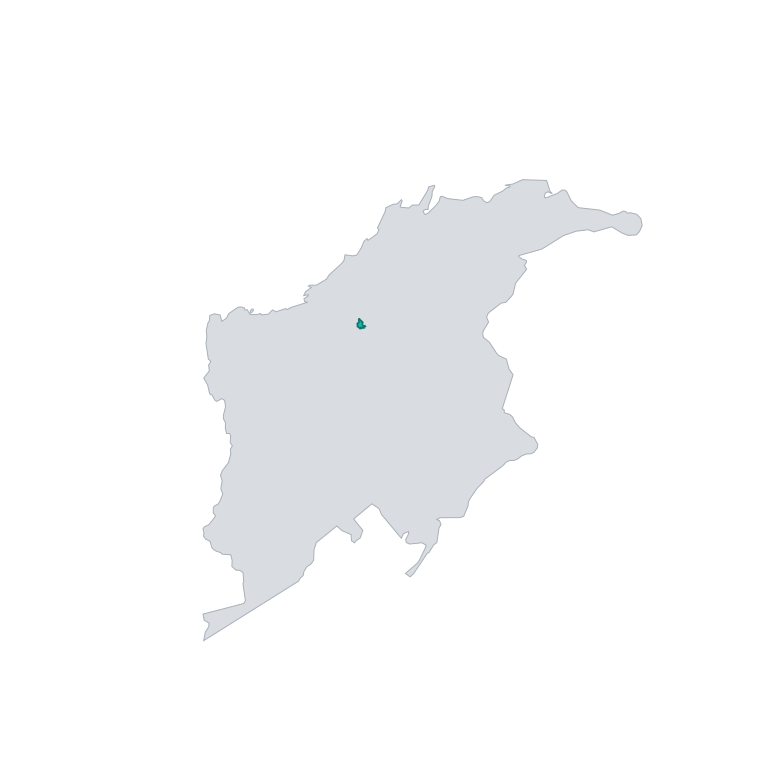 Anzoátegui, Tolima, Colombia shown in context, rotated 50°
{"feature_id": "7082276B15169837386348", "entity_name": "Anzoátegui", "entity_type": "district", "adm_level": 2, "iso_a3": "COL", "parent_name": "Colombia", "parent_adm1": "Tolima", "projection": "equal_earth", "projection_center": [-75.176, 4.624], "detail": "fine", "context": "in_parent", "style": "filled", "palette": "teal", "viewbox_px": 768, "rotation_deg": 50, "n_neighbors": 0, "source": "geoboundaries", "source_scale": "gbopen_adm2", "svg_char_len": 5959}
<svg xmlns="http://www.w3.org/2000/svg" viewBox="0 0 768 768"><g transform="rotate(50 384 384)"><path d="M427.1,101.5L421.3,104.6L410.0,108.5L402.3,125.5L397.0,128.5L390.5,138.5L385.7,151.0L382.1,176.4L372.4,197.9L373.2,198.9L377.1,197.9L380.7,195.6L382.1,196.3L383.4,200.1L387.8,201.0L391.4,218.5L398.1,227.4L398.8,230.8L399.7,238.1L397.3,242.5L396.7,258.5L398.8,262.5L403.8,264.1L407.2,274.0L409.3,276.4L412.3,277.9L419.7,276.4L433.0,278.0L436.1,277.8L443.5,274.3L453.0,278.6L459.9,279.2L479.0,309.4L480.9,308.5L483.3,310.3L488.1,307.2L492.2,306.7L497.6,308.2L504.8,308.2L519.2,305.1L521.3,303.4L529.2,305.1L531.5,307.4L532.7,313.0L531.8,316.5L529.1,320.0L527.6,324.5L527.3,330.0L525.9,334.0L523.4,336.7L522.4,340.5L523.0,345.5L521.7,368.3L522.8,370.2L523.7,379.5L527.0,391.7L528.6,395.2L531.4,398.0L536.5,408.0L535.4,411.4L522.4,427.1L521.8,430.7L524.3,429.3L528.3,430.7L529.7,434.5L539.4,445.4L539.2,449.6L542.0,457.8L541.5,459.7L548.3,483.1L548.5,488.0L542.9,489.4L542.7,473.7L541.9,470.5L535.6,456.5L534.2,455.4L530.0,457.0L523.0,467.3L519.8,468.8L517.1,467.4L514.5,461.3L512.8,460.1L511.1,465.3L513.3,469.9L482.3,469.8L476.3,467.9L468.0,470.3L467.9,494.0L482.5,494.3L486.6,501.1L486.2,506.6L486.8,508.6L483.3,509.7L478.2,506.0L469.1,510.5L462.4,511.5L462.0,537.7L466.0,544.2L473.8,551.2L475.0,556.0L474.4,560.5L476.3,566.1L478.8,569.1L478.8,572.5L480.1,576.2L464.7,687.1L459.2,680.3L457.3,674.2L454.6,671.7L449.4,673.6L443.9,670.5L461.8,632.9L461.2,629.6L446.3,620.4L444.8,618.1L437.6,613.1L433.7,614.5L431.5,617.0L426.0,617.8L421.6,613.8L416.4,611.2L410.1,617.5L408.3,617.4L403.8,620.2L399.0,621.2L392.8,618.4L387.8,620.4L384.2,620.0L382.9,618.0L378.5,615.7L378.0,613.2L379.2,608.5L377.3,599.4L376.6,597.8L373.2,597.7L369.2,594.4L368.4,592.4L369.3,588.7L368.5,585.5L364.7,578.2L359.3,576.3L354.1,570.2L348.9,568.0L346.5,563.7L344.3,553.8L338.9,546.1L335.1,543.5L333.9,539.9L330.0,539.5L324.8,534.5L322.4,534.1L320.8,536.5L315.9,534.0L311.8,530.3L307.5,529.4L304.7,527.1L299.6,520.0L294.1,516.6L290.9,517.8L289.9,523.1L288.0,524.0L281.7,522.7L280.6,523.8L279.0,523.6L271.3,519.7L263.6,518.3L261.7,509.4L256.8,506.2L255.3,502.1L251.9,502.5L238.8,494.5L233.4,488.9L228.8,485.8L224.0,479.5L223.2,477.0L219.5,473.4L221.3,468.7L225.8,465.2L231.7,467.9L232.4,462.4L230.3,457.6L231.3,446.7L232.8,444.2L236.0,442.0L238.0,442.9L239.3,441.0L244.0,441.9L245.5,441.1L249.1,436.7L250.7,433.2L252.3,433.5L256.2,427.6L255.6,421.7L259.2,420.4L263.1,410.7L264.7,410.5L265.6,405.9L272.3,389.9L269.9,391.8L267.3,390.6L267.7,385.3L266.9,384.6L264.7,388.8L262.8,384.5L263.4,377.7L260.3,379.0L260.5,377.4L264.9,372.2L266.7,360.5L265.2,356.2L264.4,338.5L263.6,335.2L260.0,330.8L265.7,325.7L267.7,321.9L265.2,314.1L261.8,307.5L261.7,303.5L263.7,303.9L264.5,293.0L262.7,288.8L260.3,288.7L252.8,272.6L250.2,269.2L252.2,261.5L254.5,258.1L254.0,252.2L255.5,252.5L258.7,257.8L260.0,257.0L265.1,251.9L265.2,247.2L269.3,242.2L263.6,225.7L261.7,223.2L264.0,217.9L265.3,218.1L267.6,223.3L271.1,226.7L276.3,235.9L278.6,238.0L276.9,240.0L276.6,242.2L277.4,243.4L280.3,243.7L281.5,241.2L280.7,230.0L279.5,224.4L276.7,220.4L277.6,218.8L283.0,216.0L294.1,205.4L297.9,195.3L300.8,191.7L304.1,189.4L308.1,189.9L311.3,188.6L312.2,185.5L310.2,178.5L312.5,169.0L312.5,164.2L314.0,161.3L313.5,160.2L309.4,163.6L313.6,156.9L316.5,146.6L332.6,128.6L343.1,133.0L346.4,132.7L342.1,134.9L341.5,137.6L343.0,140.3L344.6,141.1L345.9,139.3L349.4,128.8L349.9,123.0L351.5,121.0L353.7,120.3L364.0,122.8L373.7,121.9L389.5,106.9L401.5,100.5L404.4,94.3L405.2,89.7L407.3,87.9L409.6,87.9L411.0,85.3L416.4,81.3L422.3,80.9L428.6,84.4L431.5,90.6L432.0,94.8L427.1,101.5ZM244.2,439.9L243.5,440.7L242.1,439.3L241.6,437.4L242.5,436.1L243.6,436.5L244.2,439.9Z" fill="#d9dde1" stroke="#a8b0b8" stroke-width="1"/><path d="M318.1,361.2L318.0,361.3L318.1,361.6L318.3,361.8L318.5,362.1L318.8,362.1L318.9,362.3L319.0,362.3L319.3,362.6L319.5,362.7L319.7,362.8L319.8,362.9L319.9,363.1L320.2,363.3L320.3,363.4L320.4,363.5L320.4,363.8L320.5,363.9L320.5,364.0L320.6,363.9L320.6,364.0L320.7,364.3L320.8,364.4L320.9,364.6L320.8,364.9L320.8,365.1L320.8,365.3L320.7,365.4L320.7,365.5L320.6,365.8L320.8,366.0L321.0,366.0L321.3,366.3L321.5,366.4L321.8,366.2L321.9,366.3L322.0,366.3L322.3,366.4L322.5,366.6L322.6,366.9L322.5,367.0L322.6,367.3L322.8,367.3L323.0,367.4L323.3,367.2L323.5,367.0L323.9,367.0L324.0,367.2L324.3,367.1L324.5,367.0L324.8,367.0L325.0,367.0L325.1,366.9L325.1,366.7L325.3,366.6L325.3,366.4L325.5,366.3L325.6,366.2L325.7,366.3L325.7,366.2L325.8,366.2L325.8,366.3L325.8,366.2L325.9,366.3L326.0,366.3L326.3,366.3L326.3,366.2L326.5,366.1L326.4,366.0L326.5,366.0L326.5,365.9L326.5,366.0L326.6,365.9L326.6,365.7L326.8,365.6L327.0,365.5L327.0,365.4L327.0,365.2L327.0,364.9L327.0,364.7L327.3,364.5L327.3,364.4L327.2,364.4L327.3,364.3L327.3,364.2L327.5,364.1L327.4,364.0L327.5,364.0L327.5,363.8L327.5,363.7L327.8,363.5L327.9,363.4L327.7,363.4L327.4,363.4L327.3,363.5L327.3,363.3L327.2,363.2L327.3,363.1L327.3,362.8L327.2,362.7L327.3,362.4L327.5,362.4L327.6,362.2L327.8,362.1L328.0,362.0L328.0,361.9L328.0,361.7L327.9,361.5L327.9,361.4L327.7,361.3L327.7,361.2L327.7,361.3L327.6,361.2L327.4,361.3L327.5,361.3L327.4,361.4L327.2,361.3L327.2,361.6L326.9,361.6L326.7,361.8L326.6,361.7L326.5,361.8L326.4,362.0L326.4,362.4L326.3,362.5L326.2,362.7L326.2,362.8L325.9,362.8L325.8,362.6L325.6,362.5L325.4,362.4L325.2,362.4L325.2,362.5L324.9,362.5L324.8,362.4L324.7,362.4L324.5,362.2L324.4,362.2L324.3,361.9L324.2,361.9L324.2,362.0L324.2,361.9L324.1,361.7L323.9,361.4L323.8,361.2L323.6,361.1L323.5,360.9L323.3,360.8L323.2,360.7L323.1,360.8L323.1,360.7L322.9,360.6L322.7,360.7L322.4,360.7L322.5,360.8L322.4,360.8L322.0,360.8L321.9,360.9L321.7,360.9L321.7,361.0L321.5,360.9L321.3,360.7L321.2,360.7L320.9,360.7L320.9,360.8L320.7,360.9L320.4,360.9L320.2,360.9L320.2,361.0L319.9,361.0L319.7,361.2L319.2,361.2L318.9,361.2L318.7,361.0L318.4,361.1L318.2,360.9L318.1,361.0L318.1,361.2Z" fill="#14b8a6" stroke="#0f766e" stroke-width="1.5"/></g></svg>